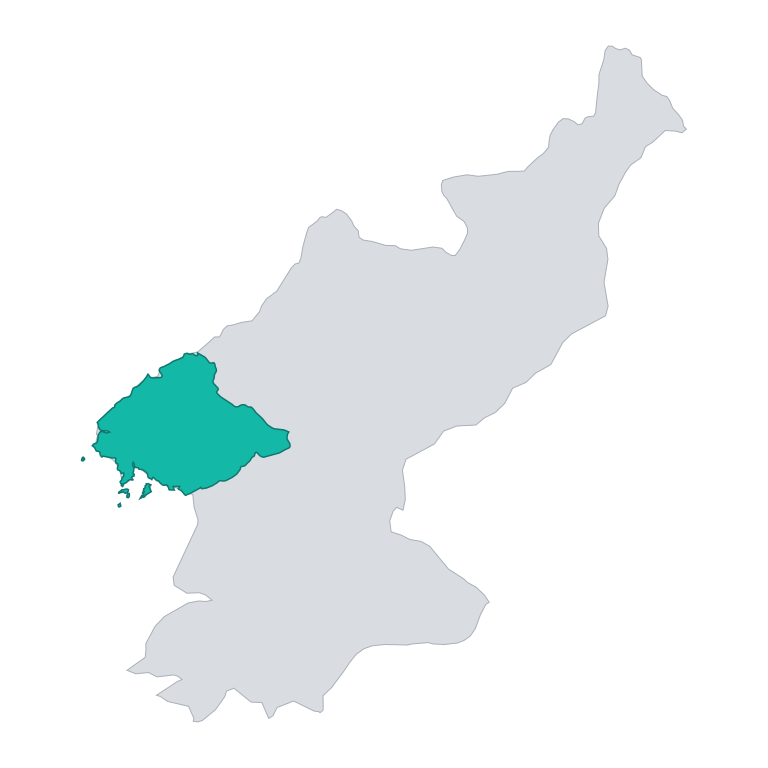 location of P'yŏngan-bukto within North Korea
{"feature_id": "PRK-3312", "entity_name": "P'yŏngan-bukto", "entity_type": "Province", "adm_level": 1, "iso_a3": "PRK", "parent_name": "North Korea", "parent_adm1": "", "projection": "orthographic", "projection_center": [125.079, 40.04], "detail": "fine", "context": "in_parent", "style": "filled", "palette": "teal", "viewbox_px": 768, "rotation_deg": 0, "n_neighbors": 0, "source": "natural_earth", "source_scale": "10m", "svg_char_len": 8503}
<svg xmlns="http://www.w3.org/2000/svg" viewBox="0 0 768 768"><path d="M489.2,602.3L485.8,604.4L480.3,615.1L475.2,628.8L470.1,636.2L464.1,640.4L457.5,643.0L444.4,644.5L432.4,643.9L428.5,642.6L412.2,643.9L407.6,645.0L384.0,644.5L371.8,645.9L364.0,648.7L356.2,654.3L349.5,662.7L343.6,671.5L331.5,687.7L323.0,695.7L323.2,706.9L323.0,710.3L320.0,712.7L318.9,711.7L313.9,711.0L293.6,701.0L277.1,707.5L273.0,715.7L268.7,718.4L261.9,702.5L251.1,702.1L233.9,688.2L226.5,691.1L224.7,696.8L215.4,709.8L202.3,720.5L198.0,721.9L193.2,721.2L193.9,718.3L188.5,706.3L167.7,701.5L160.2,696.4L156.5,695.3L176.7,681.9L182.0,679.5L178.1,676.4L173.7,674.9L157.1,676.9L148.4,672.5L135.8,673.8L127.0,670.3L145.2,657.3L146.0,649.5L145.8,643.7L155.1,626.3L164.3,616.6L188.1,603.0L198.5,601.0L206.0,601.5L212.1,600.2L205.6,595.0L199.3,592.7L187.0,593.2L174.2,585.4L173.1,577.1L197.6,524.6L198.0,519.8L194.1,507.1L192.8,494.6L175.2,487.5L167.5,486.6L145.0,472.6L136.1,465.5L132.5,467.6L131.8,478.8L128.6,481.3L122.7,483.4L119.8,470.6L115.0,461.3L100.2,451.8L94.9,446.5L97.6,435.3L96.3,434.3L98.8,421.7L108.0,412.1L130.3,394.9L136.0,386.8L147.3,377.2L152.3,377.4L157.6,376.6L159.2,372.5L160.4,369.2L164.8,366.2L175.6,360.9L187.9,354.0L197.7,352.0L209.6,341.6L214.5,337.0L219.4,336.9L220.7,334.8L223.4,329.4L227.2,325.8L232.5,325.1L241.1,322.5L252.0,320.8L259.3,312.0L261.7,305.8L266.5,298.8L276.7,291.2L283.7,280.1L291.3,267.9L295.0,264.0L298.7,263.2L300.8,258.6L303.1,245.8L306.5,233.4L308.5,227.5L317.4,220.9L319.7,217.7L321.7,216.7L325.9,217.4L331.4,213.6L336.6,209.3L341.4,210.7L346.4,214.0L351.6,220.8L354.0,226.2L358.2,230.7L359.1,237.3L363.2,240.1L371.8,241.4L386.0,245.5L395.1,245.6L400.4,248.8L411.4,250.3L433.0,247.0L442.0,248.3L445.9,252.3L451.5,255.5L455.1,255.5L459.7,249.7L464.5,240.2L467.6,233.1L467.3,227.5L464.1,221.5L456.7,216.2L451.8,207.6L447.0,198.8L444.2,196.0L441.9,191.7L441.3,185.0L442.7,180.5L453.3,177.1L467.0,174.8L478.2,176.3L496.8,174.3L508.1,171.4L516.6,171.4L524.4,171.0L527.7,167.0L538.1,157.3L543.2,153.7L548.6,147.2L549.2,140.6L550.1,135.3L553.1,129.5L558.4,122.2L563.1,118.7L568.4,118.9L574.3,121.8L578.0,124.9L582.1,123.7L585.1,118.1L587.3,116.9L593.7,116.1L595.6,112.6L597.2,96.3L598.9,83.4L599.0,74.5L603.9,59.4L605.2,50.4L608.3,46.1L612.3,46.2L615.7,48.6L620.0,49.9L625.4,48.2L629.4,50.2L632.1,54.8L640.5,57.7L641.4,60.0L642.2,76.1L647.2,83.3L653.6,89.7L662.3,95.4L666.8,96.5L669.7,100.8L672.7,108.2L679.1,115.3L682.6,120.5L683.5,126.1L686.4,129.1L682.0,132.8L675.6,131.1L665.2,130.5L652.6,142.3L645.5,146.6L641.0,157.7L631.0,164.7L625.7,171.9L619.0,184.2L614.8,195.9L604.2,208.2L598.4,223.3L598.8,235.9L606.6,248.5L607.9,259.4L604.0,282.3L608.1,306.2L605.5,315.8L571.4,334.0L562.7,342.6L550.8,364.6L535.4,373.2L526.0,382.4L512.7,388.1L504.6,403.5L495.4,412.4L484.2,418.0L476.0,425.0L456.9,426.0L443.6,431.1L434.4,444.0L406.0,459.2L402.4,470.1L404.7,486.8L405.3,499.6L403.0,510.2L396.6,507.4L393.3,510.9L389.7,520.7L391.1,531.8L401.2,535.1L409.5,539.4L421.0,541.4L429.7,546.3L448.5,569.1L463.7,578.9L467.7,582.6L476.4,587.4L484.5,595.2L489.2,602.3ZM148.6,493.4L143.1,497.0L142.8,490.6L147.1,485.1L151.4,484.4L148.6,493.4Z" fill="#d9dde1" stroke="#a8b0b8" stroke-width="1"/><path d="M197.3,355.6L197.7,354.6L197.5,353.0L197.5,352.9L204.3,356.8L205.1,357.4L206.0,358.3L209.0,362.2L209.6,362.8L210.6,363.1L211.5,363.2L213.0,362.7L213.8,362.7L214.3,363.2L214.8,364.0L215.3,366.9L215.5,367.3L216.2,368.9L216.4,369.6L216.4,370.3L216.3,371.0L216.1,371.6L215.8,372.3L214.7,374.1L214.6,374.4L214.5,374.6L214.1,378.1L213.9,378.8L213.2,380.2L213.0,380.9L213.0,381.6L213.1,382.3L213.3,383.0L213.7,383.6L217.7,387.8L218.1,388.4L218.2,389.1L218.1,389.8L217.7,390.4L217.2,391.0L216.8,391.7L216.7,392.4L217.1,393.2L217.8,394.1L220.9,397.0L232.2,404.4L233.7,405.8L234.4,406.3L235.4,406.7L236.8,406.9L237.7,406.8L238.5,406.5L239.8,405.7L241.1,405.0L242.5,404.8L243.9,404.7L244.7,404.9L245.6,405.2L246.8,406.1L247.7,406.7L249.0,407.1L250.3,407.0L250.9,407.0L251.7,407.5L253.4,409.2L256.0,412.7L262.4,418.6L266.6,423.9L268.0,425.2L272.3,428.0L274.3,428.8L283.2,429.8L285.1,430.3L288.8,432.0L287.5,434.2L287.5,434.3L287.3,435.2L287.1,436.7L287.0,438.2L287.1,438.9L287.4,439.6L289.5,443.1L289.8,443.9L290.0,444.6L290.0,445.4L290.0,446.2L289.9,446.9L289.3,447.6L288.4,448.2L286.2,449.1L279.4,452.9L264.1,457.1L263.3,457.2L262.6,457.0L261.9,456.8L261.3,456.5L259.9,455.7L259.3,455.1L257.0,452.6L256.4,452.4L255.9,452.4L255.2,453.1L254.9,453.8L254.6,454.6L254.5,455.3L254.4,455.8L254.2,456.0L253.7,456.4L252.4,457.1L251.3,458.3L250.2,460.3L249.4,461.4L247.5,463.0L245.8,464.9L245.1,465.5L244.3,466.0L241.2,466.6L240.6,467.3L240.5,467.7L240.4,468.1L240.4,468.4L240.2,469.2L239.8,470.0L236.6,474.2L232.0,477.5L226.1,480.5L224.4,481.0L222.7,481.0L220.7,480.7L219.9,480.7L219.1,481.0L217.2,482.7L212.3,485.7L206.6,488.0L201.5,488.8L201.6,489.0L200.9,487.3L199.4,488.4L189.4,493.8L187.2,494.5L186.4,495.1L185.5,495.3L184.7,494.7L182.1,491.5L181.7,491.2L180.8,490.1L179.1,489.6L178.2,488.8L179.6,486.5L173.0,486.5L173.4,487.3L174.0,489.2L174.4,490.0L170.1,490.0L169.1,489.7L168.8,489.1L168.8,488.2L168.4,487.4L167.8,486.4L167.6,485.6L167.2,485.1L166.1,484.9L164.6,485.2L163.6,485.3L162.4,484.9L161.7,484.3L159.5,482.4L159.1,481.8L158.8,481.0L158.1,480.8L157.2,480.8L156.5,480.5L153.7,477.6L152.7,477.5L151.8,479.6L150.7,478.7L149.4,478.3L148.2,477.6L147.4,473.8L146.3,472.3L144.8,471.1L143.2,470.1L141.7,469.5L139.5,469.2L138.7,469.0L138.4,467.8L135.6,467.5L134.6,466.7L134.2,463.9L133.2,462.3L132.7,463.7L132.6,465.0L132.9,466.1L133.6,467.1L134.1,468.5L133.6,470.0L133.6,471.5L133.0,472.6L133.1,473.9L134.3,474.3L133.9,476.2L132.7,476.3L131.6,477.1L132.0,478.4L133.0,479.8L132.1,480.1L130.3,479.4L128.2,480.6L126.3,482.6L123.8,483.8L122.9,486.0L122.6,486.5L121.3,485.6L121.3,485.0L121.5,484.7L121.9,483.8L121.1,483.7L120.8,483.5L120.5,483.1L120.1,481.7L121.8,479.7L122.2,477.4L123.4,476.6L123.9,474.8L123.6,473.0L122.9,473.0L122.1,473.5L121.4,473.5L121.0,473.0L120.4,471.5L120.0,470.9L119.1,470.3L118.3,470.1L117.6,469.7L117.4,468.7L117.5,467.6L117.9,465.6L118.1,464.4L117.6,463.8L115.8,462.8L115.4,461.8L115.8,459.2L115.7,458.3L114.8,458.0L111.4,457.8L103.2,456.2L102.7,456.3L102.4,456.7L102.0,457.0L101.5,456.9L101.1,456.5L100.8,455.5L100.5,455.3L100.2,454.8L99.8,452.5L99.5,451.8L98.9,451.5L96.3,451.0L95.0,448.3L94.3,447.4L93.6,446.7L93.0,446.1L92.3,445.8L93.4,444.2L94.7,443.6L96.0,443.2L97.0,442.4L97.6,440.6L98.4,434.5L100.6,431.4L103.3,431.8L106.3,433.0L109.6,432.1L107.7,431.0L103.2,430.7L101.0,430.3L99.2,428.8L98.5,426.7L98.2,424.4L97.2,422.5L98.7,420.9L112.5,408.0L112.9,407.8L113.9,407.6L114.5,407.2L114.6,406.7L114.8,405.2L115.1,404.6L116.6,403.2L120.5,400.7L122.1,399.0L123.6,398.0L128.4,396.9L130.3,396.0L131.3,393.9L132.1,391.0L133.1,388.4L134.6,387.3L136.8,386.8L138.8,385.5L143.5,380.8L146.7,376.5L147.4,375.0L147.9,374.2L148.8,375.1L149.7,376.5L150.0,377.1L150.8,377.5L151.7,377.8L154.0,378.0L156.6,377.6L158.5,377.7L160.4,377.6L161.8,377.1L162.3,375.8L161.6,374.3L160.5,372.7L159.3,371.1L159.3,369.4L160.3,367.9L162.7,366.9L164.9,366.2L166.4,365.2L168.8,364.1L170.6,363.0L172.5,361.6L175.2,360.4L178.6,359.3L181.0,358.2L182.3,357.7L183.2,356.8L183.8,355.5L184.3,354.1L185.9,353.5L187.3,353.3L188.7,353.9L190.0,354.4L191.9,353.8L192.6,353.7L193.4,354.0L194.6,355.1L195.2,355.5L197.3,355.6ZM150.7,484.8L150.2,485.6L149.0,486.2L150.0,488.9L151.3,491.6L149.2,492.9L146.4,494.5L144.3,497.0L142.5,497.3L140.1,498.5L141.9,495.3L143.2,495.9L143.9,494.5L142.5,493.1L142.7,492.5L143.9,492.4L143.9,491.9L144.2,491.3L143.6,490.9L143.7,488.7L145.2,487.8L145.1,485.9L146.3,484.9L146.2,483.8L148.0,483.6L150.7,484.8ZM127.4,492.3L126.3,493.1L124.9,493.1L123.3,491.9L119.3,493.0L119.0,493.3L118.6,493.1L118.7,492.3L119.4,491.7L120.3,491.2L122.0,489.7L122.4,489.8L123.7,489.7L126.1,489.0L127.8,489.2L128.5,490.0L128.2,491.2L127.4,492.3ZM127.5,494.5L128.0,493.5L129.1,493.3L129.4,494.1L129.4,495.5L129.1,496.8L128.4,497.6L127.1,497.5L126.7,496.9L127.1,495.9L126.9,495.2L127.5,494.5ZM81.9,458.9L82.3,458.5L82.2,458.0L82.4,457.9L82.7,457.7L82.8,457.3L83.1,457.2L83.4,457.2L83.6,457.5L83.8,457.7L84.0,458.2L84.3,458.3L84.3,458.6L84.3,458.9L84.6,459.0L84.6,459.3L84.5,459.6L84.1,459.8L83.9,460.1L83.4,460.1L83.1,460.5L83.0,460.9L82.7,460.9L82.5,460.6L82.0,460.5L81.6,460.5L81.6,460.4L81.6,459.9L81.7,459.3L81.9,458.9ZM118.5,506.6L118.2,505.5L118.2,504.6L119.1,504.3L120.1,503.3L120.3,504.3L120.4,504.5L120.6,504.9L120.7,506.3L119.5,506.9L119.1,507.0L118.5,506.6Z" fill="#14b8a6" stroke="#0f766e" stroke-width="1.5"/></svg>